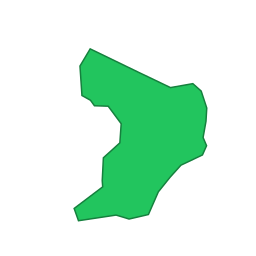 Håbo, Uppsala, Sweden, rotated 157°
{"feature_id": "70781695B92179947733234", "entity_name": "Håbo", "entity_type": "district", "adm_level": 2, "iso_a3": "SWE", "parent_name": "Sweden", "parent_adm1": "Uppsala", "projection": "robinson", "projection_center": [17.508, 59.623], "detail": "fine", "context": "isolated", "style": "filled", "palette": "green", "viewbox_px": 256, "rotation_deg": 157, "n_neighbors": 0, "source": "geoboundaries", "source_scale": "gbopen_adm2", "svg_char_len": 551}
<svg xmlns="http://www.w3.org/2000/svg" viewBox="0 0 256 256"><g transform="rotate(157 128 128)"><path d="M143.0,40.4L125.0,57.4L108.6,66.2L93.8,73.1L70.0,74.1L62.6,81.0L62.6,89.9L53.6,103.7L47.7,115.6L46.2,133.4L51.0,143.5L73.1,148.6L96.4,175.0L131.9,215.6L148.0,203.8L157.7,175.9L151.7,168.2L150.2,161.6L137.7,155.8L132.6,134.6L141.3,117.5L162.3,110.2L166.9,100.7L172.3,89.6L174.3,83.7L174.7,83.6L209.0,75.0L209.8,62.0L175.7,53.2L173.0,52.5L166.6,47.2L162.6,43.8L146.1,40.9L143.0,40.4Z" fill="#22c55e" stroke="#15803d" stroke-width="1.5"/></g></svg>